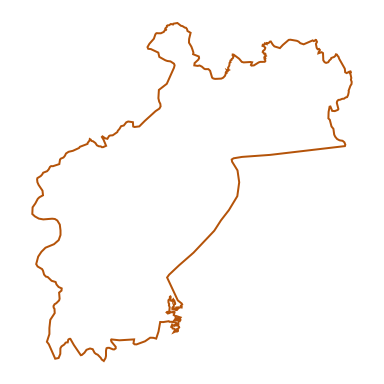 the district of Pweto, Katanga, Democratic Republic of the Congo
{"feature_id": "63176286B50481715267247", "entity_name": "Pweto", "entity_type": "district", "adm_level": 2, "iso_a3": "COD", "parent_name": "Democratic Republic of the Congo", "parent_adm1": "Katanga", "projection": "orthographic", "projection_center": [28.595, -8.698], "detail": "fine", "context": "isolated", "style": "outline", "palette": "amber", "viewbox_px": 384, "rotation_deg": 0, "n_neighbors": 0, "source": "geoboundaries", "source_scale": "gbopen_adm2", "svg_char_len": 5833}
<svg xmlns="http://www.w3.org/2000/svg" viewBox="0 0 384 384"><path d="M182.2,304.6L181.7,303.5L177.8,300.4L167.1,277.5L169.1,274.7L179.2,265.2L193.5,252.7L214.3,230.7L221.0,220.3L228.9,210.1L237.3,196.2L239.2,182.3L237.5,170.4L232.1,161.7L231.7,159.5L233.6,158.3L242.1,156.9L270.0,154.9L344.9,146.1L345.3,144.7L344.4,142.3L342.6,140.8L339.5,140.3L337.1,139.0L335.2,136.7L334.2,134.6L333.4,128.8L331.5,126.5L329.8,119.8L328.4,118.4L328.6,111.9L329.6,106.7L330.4,106.5L332.2,110.9L334.8,111.1L337.8,109.9L338.4,109.0L336.8,102.9L337.1,101.3L338.4,99.9L339.9,99.8L342.3,98.8L344.0,98.7L345.6,97.5L347.1,97.1L348.1,95.0L348.8,91.8L348.6,90.7L350.4,85.8L351.5,84.1L351.7,81.9L350.9,79.7L351.3,78.0L350.5,74.2L349.9,73.3L350.9,72.5L350.8,72.0L350.5,71.4L349.2,71.7L346.7,73.1L345.2,72.3L344.8,68.7L339.2,58.8L338.4,56.6L337.5,55.8L337.0,54.7L336.0,54.3L335.1,56.1L334.2,56.9L331.3,58.0L330.9,59.1L329.3,60.5L328.3,62.2L326.1,62.9L324.6,62.2L323.3,60.3L323.0,53.1L321.6,52.2L318.4,53.3L318.6,52.3L319.9,50.0L319.0,48.9L317.6,49.2L316.7,47.9L315.9,43.9L317.0,41.9L316.1,40.0L315.5,39.9L314.7,40.8L313.7,41.1L312.7,40.4L303.7,44.3L300.3,43.2L298.6,41.6L296.8,40.8L290.4,39.7L288.7,39.9L282.9,44.9L279.9,48.1L274.4,46.4L272.8,44.7L270.8,41.5L270.0,41.6L268.5,43.1L266.9,43.0L266.8,44.1L265.0,43.3L264.7,44.3L262.8,44.7L262.5,45.9L264.2,46.5L265.3,47.9L264.7,49.6L263.1,50.9L262.7,52.0L263.4,52.5L263.7,53.4L264.9,53.6L264.8,54.3L265.5,54.4L265.4,55.4L265.9,55.9L264.6,56.7L264.3,57.4L264.4,58.0L265.1,57.7L265.3,58.2L264.7,58.4L264.7,59.2L265.1,59.3L265.3,61.2L264.7,61.8L260.2,61.9L258.7,62.4L253.9,65.4L251.5,65.6L250.9,65.0L252.1,62.3L250.4,62.0L243.7,62.4L241.8,61.9L239.1,58.7L233.6,54.6L232.7,54.5L232.6,55.4L233.5,56.5L232.8,58.3L231.7,59.0L231.5,60.0L230.6,60.3L230.2,61.3L230.5,62.2L229.6,62.8L229.3,65.6L228.1,67.7L228.3,68.8L227.9,69.5L228.8,70.0L227.5,70.7L227.0,70.4L227.5,71.5L226.9,71.9L226.6,71.4L226.2,71.7L225.8,72.5L226.3,73.2L225.8,73.4L225.0,75.8L223.2,77.7L221.3,78.6L215.1,78.9L213.3,78.5L212.1,77.6L210.1,70.8L208.4,69.1L205.1,69.1L204.3,68.8L201.8,66.6L199.6,65.5L197.7,65.9L194.3,65.4L194.6,63.1L198.3,59.7L199.1,58.1L198.8,56.5L193.1,54.2L193.4,52.5L192.4,49.4L191.4,46.7L189.0,42.7L189.1,39.0L190.6,32.8L187.5,31.0L187.0,29.1L186.0,27.8L184.8,27.6L182.5,26.1L181.0,25.8L177.4,23.0L173.4,23.7L173.0,24.5L170.9,24.0L168.9,25.3L167.7,25.3L166.9,25.8L166.9,26.9L165.5,28.2L165.3,28.6L166.1,29.7L165.8,30.1L164.8,30.2L163.8,31.9L160.8,33.3L156.4,33.2L155.4,34.3L153.9,38.7L149.4,43.8L147.5,47.1L148.2,48.8L150.9,49.1L158.3,52.6L159.3,56.9L165.4,60.3L167.4,61.0L170.5,61.4L174.0,63.7L174.6,65.3L174.0,67.7L166.8,83.8L158.9,89.9L158.4,98.2L159.2,101.7L160.3,103.8L160.6,106.4L159.4,108.6L155.6,111.1L144.8,120.9L139.3,126.4L134.5,127.0L133.2,126.5L132.9,122.2L128.2,121.5L126.3,122.3L123.8,125.5L121.1,126.2L119.4,129.0L117.8,130.8L117.3,132.1L112.7,135.3L110.1,135.5L109.0,136.1L107.4,138.8L105.2,138.3L102.5,136.4L101.9,137.0L103.5,139.6L106.1,145.8L103.2,147.1L101.9,147.2L100.8,146.4L98.9,146.3L96.9,145.3L95.4,143.0L93.1,141.3L91.5,140.9L90.7,139.6L89.8,139.1L89.6,140.4L87.7,142.9L87.5,143.9L79.9,146.8L79.0,148.0L72.9,150.8L68.6,151.8L66.0,153.5L64.9,155.8L63.5,157.5L60.7,158.7L60.0,159.7L59.3,164.1L52.9,166.2L51.1,166.1L50.0,166.9L48.7,169.4L47.1,171.2L43.2,172.7L42.1,174.6L40.7,176.1L37.4,178.1L37.1,179.3L37.4,182.2L38.6,184.9L42.5,190.7L43.0,195.3L39.5,197.2L37.8,198.8L35.3,203.5L32.6,207.3L32.3,214.0L34.9,216.4L38.8,218.6L43.3,219.4L52.2,218.7L54.9,219.0L57.3,220.5L59.8,224.6L60.5,230.4L60.5,235.0L58.7,240.1L54.0,244.2L45.5,247.7L41.4,251.8L38.2,256.6L36.2,264.1L37.6,266.5L42.1,269.1L43.0,270.7L44.1,274.6L45.9,276.6L47.7,277.0L51.6,280.8L55.6,282.0L56.5,284.5L58.6,287.0L61.7,288.4L61.5,290.6L59.1,292.6L59.6,298.7L59.1,300.4L56.3,303.2L54.6,304.2L53.5,306.1L53.7,307.7L54.5,308.9L54.7,313.1L50.3,319.8L49.4,328.0L49.4,334.1L46.9,341.8L48.8,344.2L55.2,358.7L58.6,358.0L60.3,353.9L60.4,348.3L61.5,346.4L64.3,344.5L65.6,342.7L66.3,342.4L67.7,342.4L68.3,339.6L69.3,338.9L70.4,338.9L73.8,344.9L80.8,355.2L81.8,355.0L84.4,352.8L86.5,349.8L90.0,348.5L92.7,349.2L94.5,352.7L95.9,353.9L97.7,354.7L100.8,357.9L101.7,359.5L103.8,361.0L105.5,358.1L106.0,355.9L106.0,350.7L106.5,348.3L107.2,347.9L109.1,347.8L113.1,349.4L114.3,349.4L115.7,348.4L115.7,346.8L111.4,341.6L111.0,340.0L111.4,339.4L119.4,340.3L134.1,339.4L133.5,343.4L134.6,344.3L136.5,344.4L145.0,341.3L150.2,337.7L153.3,337.8L156.2,338.6L158.5,331.6L160.2,322.0L163.1,322.1L168.8,321.2L169.4,321.8L171.6,321.8L175.9,322.6L176.3,323.5L175.9,324.3L176.6,324.4L176.0,325.5L174.7,325.1L174.6,325.7L174.2,325.9L173.0,325.2L172.3,325.7L172.0,325.0L171.2,326.9L172.3,327.4L172.6,328.5L174.1,328.7L174.8,329.3L174.9,330.2L175.3,330.5L174.5,330.9L173.7,332.3L175.2,331.6L177.2,331.5L177.9,331.1L178.0,330.1L176.9,329.1L178.3,328.4L179.2,327.4L178.9,326.5L177.8,325.6L178.5,324.1L178.2,322.9L178.9,321.2L178.3,320.4L174.4,320.2L175.3,319.1L177.5,318.9L178.7,319.2L179.7,320.0L177.8,319.1L176.5,319.4L178.3,319.5L179.9,320.9L180.5,319.9L179.7,318.7L180.6,317.5L178.2,316.7L178.8,317.5L176.9,318.4L175.4,318.6L175.9,316.5L173.7,315.0L174.6,312.2L173.9,311.5L172.8,311.9L172.4,312.4L170.8,312.1L169.6,313.0L167.8,313.5L166.6,312.4L167.1,311.9L168.9,311.7L169.6,311.2L169.3,310.8L169.7,307.3L168.9,305.3L169.2,304.0L168.5,302.7L168.4,300.5L168.6,299.9L169.8,298.9L169.9,296.7L170.4,296.4L170.7,296.9L170.3,299.5L170.6,300.5L171.5,300.8L173.0,299.5L173.1,301.2L173.4,300.6L174.2,300.4L175.2,303.4L175.1,304.0L174.0,304.3L173.7,306.6L172.8,307.1L172.3,308.0L172.4,309.3L173.4,309.0L173.1,308.1L173.8,308.0L174.3,309.3L174.8,309.4L175.6,308.9L176.0,310.1L176.9,310.0L178.3,308.3L176.6,308.2L176.1,307.9L176.2,307.5L178.9,307.3L179.7,307.7L180.5,307.2L181.6,307.5L181.7,306.9L180.8,306.6L180.8,305.7L182.2,304.6Z" fill="none" stroke="#b45309" stroke-width="2"/></svg>